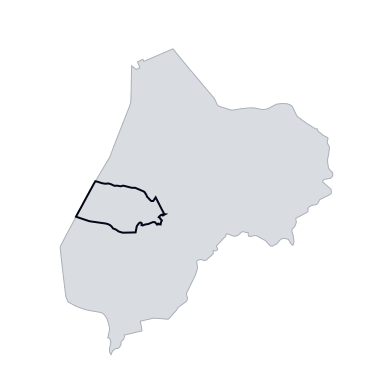 Iraq, with An-Najaf highlighted, rotated 79°
{"feature_id": "IRQ-3061", "entity_name": "An-Najaf", "entity_type": "Province", "adm_level": 1, "iso_a3": "IRQ", "parent_name": "Iraq", "parent_adm1": "", "projection": "orthographic", "projection_center": [43.942, 31.079], "detail": "fine", "context": "in_parent", "style": "outline", "palette": "ink", "viewbox_px": 384, "rotation_deg": 79, "n_neighbors": 0, "source": "natural_earth", "source_scale": "10m", "svg_char_len": 4539}
<svg xmlns="http://www.w3.org/2000/svg" viewBox="0 0 384 384"><g transform="rotate(79 192 192)"><path d="M153.8,57.1L156.5,56.5L161.5,52.3L164.5,48.5L165.4,48.2L168.0,49.5L169.9,49.8L174.2,48.4L176.7,49.2L178.9,50.2L180.1,50.3L185.9,52.7L187.3,53.0L190.3,53.3L194.7,53.4L197.6,51.9L199.6,50.3L201.0,50.4L202.4,50.7L203.6,51.4L204.6,52.5L205.0,54.2L204.9,59.4L205.3,60.8L206.1,61.7L207.1,61.9L208.3,60.8L210.4,59.1L213.0,57.3L214.9,55.7L216.0,55.0L217.8,55.1L219.5,55.4L220.5,56.2L220.5,56.4L221.4,58.9L223.8,68.0L225.1,69.1L226.6,70.1L227.7,71.5L228.1,72.8L228.0,74.9L228.1,77.4L228.7,79.3L229.6,80.7L230.4,81.4L231.6,81.5L233.0,81.8L234.0,83.2L237.2,93.6L237.6,95.0L238.9,95.4L241.0,95.2L243.2,96.2L245.6,97.9L247.8,101.0L249.3,101.5L254.0,101.0L260.4,101.4L263.4,102.9L263.1,104.0L260.8,105.1L256.8,106.5L255.7,108.8L255.0,111.7L255.2,113.4L256.2,115.2L259.2,118.7L259.4,120.0L259.9,121.8L260.5,123.0L259.9,125.4L257.4,127.1L254.0,128.9L247.2,137.0L246.7,138.8L246.8,143.5L246.2,144.8L244.0,144.9L242.3,144.6L242.2,146.3L241.1,148.5L240.5,150.4L243.2,154.9L243.7,157.3L243.3,159.5L241.0,163.3L239.6,165.9L239.9,166.4L241.8,167.4L247.7,175.6L249.7,178.5L252.1,177.7L253.0,177.7L253.7,178.2L254.2,179.2L254.2,180.4L253.6,182.3L256.8,183.0L257.9,184.8L261.7,191.2L261.6,193.2L259.9,196.2L260.0,198.3L260.4,200.1L261.0,200.7L266.4,200.9L268.7,201.5L274.4,204.7L280.9,209.6L286.3,213.6L290.8,217.0L295.6,216.7L297.0,217.3L298.2,218.3L299.7,221.2L302.6,227.7L305.1,229.8L308.9,234.9L312.4,239.7L310.4,246.5L308.5,253.6L308.8,262.6L308.9,267.4L313.6,267.4L318.8,267.5L319.0,273.3L319.3,279.1L319.6,285.7L321.1,285.9L323.6,287.2L324.7,289.3L326.1,290.5L327.7,290.6L329.3,291.6L330.9,293.4L331.5,294.9L331.1,295.9L331.5,297.6L332.7,300.1L334.1,301.2L336.2,302.5L333.4,303.5L330.4,303.0L323.9,300.3L321.8,300.3L319.2,301.5L319.1,302.5L312.2,299.5L309.8,298.9L308.9,298.9L305.0,299.0L299.5,299.8L296.3,301.2L294.1,302.7L293.1,304.1L292.8,304.8L291.1,309.0L289.2,314.2L287.2,319.0L283.3,325.7L281.1,328.8L276.3,334.6L271.0,335.8L258.6,335.0L244.9,334.0L231.3,332.9L221.2,332.0L220.4,331.7L210.3,323.7L202.4,317.3L192.6,309.3L182.6,301.2L172.5,292.8L165.2,286.7L156.4,278.9L148.4,271.8L142.1,266.1L134.0,261.1L127.7,257.2L118.6,251.4L111.3,246.8L105.1,242.8L95.5,236.7L92.3,235.0L82.4,232.7L72.9,230.7L63.1,228.6L56.6,227.2L61.1,223.3L60.0,219.5L56.8,220.0L53.9,220.8L52.4,214.9L54.6,214.3L52.9,206.7L51.2,198.8L49.5,191.2L47.8,183.4L56.3,178.9L62.5,175.5L71.3,170.7L79.7,166.0L87.7,161.6L96.5,156.7L104.4,152.2L111.4,150.5L113.0,149.1L116.4,142.8L119.2,137.5L119.4,136.2L119.6,128.5L120.4,119.5L121.4,114.7L123.1,110.5L124.6,107.4L124.8,104.5L124.7,101.5L123.3,97.0L121.9,92.3L122.2,87.8L122.6,85.4L123.6,81.6L125.3,78.9L127.1,77.2L133.7,75.5L137.6,74.5L142.9,69.7L146.0,66.8L150.3,62.2L153.5,58.8L153.8,57.6L153.8,57.1Z" fill="#d9dde1" stroke="#a8b0b8" stroke-width="1"/><path d="M194.1,310.6L192.6,309.4L189.2,306.6L185.8,303.7L182.3,300.9L178.9,298.1L176.2,295.9L173.6,293.7L171.0,291.6L168.4,289.4L165.2,286.8L163.0,284.8L163.2,284.4L164.0,282.6L166.0,279.0L166.9,276.8L167.3,275.6L167.7,272.6L167.8,272.2L168.0,271.7L169.0,269.9L170.7,267.6L171.0,267.1L171.2,266.4L171.4,264.7L171.5,264.2L172.7,261.2L172.8,260.4L172.8,259.9L172.7,259.6L172.6,259.3L172.6,258.9L172.7,258.3L173.0,257.5L176.2,250.7L176.6,249.4L176.8,248.4L176.9,247.3L177.3,246.6L181.9,239.8L182.8,238.8L183.3,238.4L183.8,238.2L184.4,238.1L184.7,238.1L185.5,237.5L185.9,237.4L187.8,237.1L188.2,236.9L188.6,236.7L189.4,236.1L192.1,234.5L192.6,234.1L193.2,233.4L193.3,232.4L193.4,231.7L190.3,228.7L204.0,224.8L206.7,223.9L207.5,223.8L207.8,224.1L208.1,224.3L208.2,224.1L208.3,223.7L208.7,222.6L209.2,224.3L209.4,224.6L209.5,224.8L209.4,225.4L208.7,225.8L208.5,226.2L208.6,226.5L208.8,227.2L209.4,228.1L209.5,228.3L209.8,228.6L209.9,228.9L210.4,229.5L211.4,228.5L212.0,228.1L212.4,228.1L212.6,228.1L214.1,227.0L214.9,227.5L215.5,228.0L216.4,228.5L217.9,229.0L217.5,230.4L217.4,230.5L217.1,230.7L216.9,230.7L216.6,230.9L216.6,231.1L216.6,231.3L216.7,231.5L216.8,231.8L217.0,231.9L217.3,232.1L217.4,232.4L217.4,232.5L216.4,233.0L215.4,233.7L214.8,233.9L214.5,234.3L214.3,235.1L214.1,236.2L215.1,241.1L215.0,242.2L215.0,244.4L215.4,247.0L214.8,247.9L214.3,247.6L213.5,247.3L212.9,247.4L212.2,248.2L212.1,249.0L212.7,250.2L214.7,252.4L215.2,252.8L220.9,255.1L218.8,267.4L218.1,269.1L216.7,271.6L215.3,272.9L214.1,274.2L212.7,276.5L210.7,277.4L209.2,278.5L208.7,279.0L207.5,280.6L206.5,282.7L201.1,298.3L194.5,309.9L194.1,310.6Z" fill="none" stroke="#020617" stroke-width="2"/></g></svg>